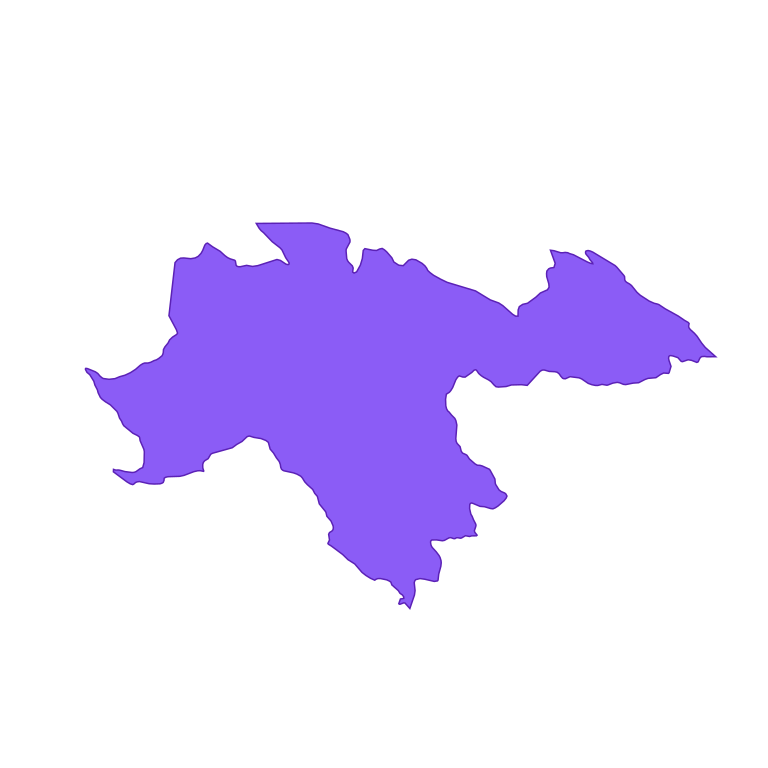 map outline of Udon Thani (Equal Earth projection), rotated 128°
{"feature_id": "THA-448", "entity_name": "Udon Thani", "entity_type": "Province", "adm_level": 1, "iso_a3": "THA", "parent_name": "Thailand", "parent_adm1": "", "projection": "equal_earth", "projection_center": [102.887, 17.458], "detail": "fine", "context": "isolated", "style": "filled", "palette": "violet", "viewbox_px": 768, "rotation_deg": 128, "n_neighbors": 0, "source": "natural_earth", "source_scale": "10m", "svg_char_len": 6171}
<svg xmlns="http://www.w3.org/2000/svg" viewBox="0 0 768 768"><g transform="rotate(128 384 384)"><path d="M384.9,610.7L382.8,610.6L381.6,609.8L381.4,603.5L380.3,594.8L380.8,588.4L380.7,585.1L380.1,582.3L378.4,577.9L378.6,576.8L381.5,573.6L381.7,572.4L381.2,571.0L380.1,569.5L375.1,565.3L372.3,560.0L368.4,556.3L351.8,545.0L350.4,541.7L349.9,535.0L349.0,533.1L348.1,532.7L347.2,533.1L346.6,534.2L345.0,539.2L341.2,546.9L340.7,549.8L340.7,559.7L338.9,572.1L338.8,575.3L338.2,578.1L336.1,583.5L301.5,539.9L298.4,534.4L294.5,522.7L289.1,509.9L288.5,506.7L288.5,504.4L291.0,500.0L292.1,498.9L293.2,498.2L301.0,496.8L302.5,495.8L308.2,490.5L309.3,488.5L309.8,486.8L310.4,481.7L311.6,479.7L315.1,477.6L315.0,475.9L312.5,474.6L304.9,475.8L298.5,478.3L291.5,482.6L289.1,482.4L285.5,475.2L283.3,472.0L280.4,470.6L278.3,468.9L278.0,466.3L278.2,463.2L279.7,455.5L281.8,451.3L281.3,445.5L278.9,441.7L271.3,440.8L268.5,438.9L266.5,435.3L265.5,428.3L265.7,424.5L266.5,421.6L267.6,419.4L267.9,416.3L267.8,411.8L266.6,404.2L265.0,396.8L254.3,369.2L252.3,352.1L249.5,343.4L249.1,338.6L249.9,325.6L249.5,322.0L248.0,320.2L243.0,323.9L239.7,325.0L235.8,323.7L232.0,320.6L222.1,317.8L216.0,316.8L209.2,313.2L206.1,313.5L203.6,315.8L199.2,321.9L196.9,323.9L194.7,325.2L191.8,325.1L190.2,324.3L187.6,321.8L183.5,323.4L176.1,335.2L174.3,332.1L171.8,325.6L170.4,323.8L168.8,322.3L167.4,320.0L167.0,318.1L165.5,314.3L162.6,298.7L161.6,295.2L160.7,293.5L160.1,294.2L159.2,298.3L158.2,300.6L157.3,304.8L156.7,305.8L155.8,306.5L154.8,306.7L153.2,305.4L152.2,303.3L151.5,300.6L148.4,274.9L148.6,272.5L150.8,261.7L151.3,260.5L153.7,258.4L154.3,257.2L154.5,255.5L154.0,252.1L154.0,249.6L156.0,241.1L156.3,236.7L155.4,226.2L154.1,220.9L152.6,217.6L152.2,216.3L151.6,208.5L149.3,194.1L148.8,186.3L148.2,182.1L148.5,180.8L150.8,179.6L151.9,178.4L152.5,176.2L152.9,170.7L153.6,166.8L156.2,158.8L157.4,153.4L158.3,139.4L163.8,146.4L164.9,148.4L167.0,150.7L169.2,151.0L173.1,150.1L174.4,150.8L176.0,156.2L177.7,159.3L182.6,162.5L183.2,163.7L182.3,168.7L184.0,173.5L185.1,175.6L185.9,176.3L186.9,176.5L188.5,175.6L190.0,173.9L193.4,168.7L199.5,166.3L200.5,166.4L203.2,170.4L206.2,171.9L211.6,173.6L217.0,179.4L219.9,181.2L226.2,184.1L229.9,188.2L235.7,193.2L236.9,195.2L238.0,199.1L239.1,201.2L242.4,204.2L247.2,207.1L247.9,207.9L250.1,212.0L253.6,214.7L255.0,216.6L256.6,219.8L257.8,223.5L258.3,231.3L259.0,234.0L263.7,241.9L268.2,244.3L269.1,245.5L269.5,246.8L269.0,249.6L268.2,252.0L268.1,254.7L269.1,256.9L272.4,261.6L274.2,266.1L274.9,267.1L275.7,267.9L277.8,268.8L296.9,270.3L299.8,275.1L306.3,283.0L310.8,286.2L316.0,292.0L317.2,294.1L317.0,296.8L316.2,301.2L316.4,304.2L317.4,309.7L317.6,312.7L317.4,315.8L316.2,319.6L316.4,320.6L317.6,321.5L320.8,321.9L328.6,324.3L330.0,326.2L331.3,329.7L333.2,330.2L336.4,330.0L344.5,327.7L348.0,327.3L350.3,327.4L353.6,328.6L358.1,326.1L363.2,321.8L365.1,319.3L366.0,317.1L366.0,315.6L366.9,311.6L367.5,307.0L368.6,304.8L371.5,301.3L382.8,293.8L384.8,291.8L385.8,289.9L386.5,285.5L389.4,281.8L390.1,279.6L389.2,276.0L389.1,274.7L390.5,270.5L390.9,263.0L390.5,260.4L389.0,258.3L388.1,256.1L386.3,248.5L386.6,247.3L390.6,238.1L393.7,235.2L394.4,234.2L396.6,228.2L396.6,225.6L395.6,221.8L395.6,220.4L396.6,218.1L398.7,217.5L402.1,217.5L409.9,219.0L413.1,220.1L415.3,221.3L416.5,223.3L418.8,229.2L421.3,233.0L423.4,240.7L423.9,241.8L424.9,242.4L426.2,242.2L429.5,239.8L433.1,235.4L434.0,233.1L435.8,230.0L437.9,225.5L438.6,224.6L439.9,223.9L443.9,222.5L444.9,221.3L445.8,217.6L446.7,217.7L449.7,221.4L451.5,222.7L453.4,226.4L457.6,228.1L458.5,228.9L459.7,231.2L460.5,232.2L462.2,232.9L463.0,234.0L463.9,236.7L464.5,237.4L465.3,238.1L470.0,240.1L471.6,241.5L474.5,246.6L477.4,250.2L478.5,250.5L479.8,250.1L481.6,248.3L482.5,246.9L483.1,245.4L484.1,239.5L485.3,235.0L486.2,233.0L488.1,230.3L489.7,228.8L492.6,227.0L500.2,223.8L505.2,220.7L506.2,220.6L508.6,222.8L512.8,231.8L515.2,235.9L518.7,238.6L520.0,238.6L521.9,237.9L527.7,232.3L531.5,230.1L545.0,225.4L543.7,232.6L544.2,233.6L547.7,235.8L548.1,236.4L548.0,237.1L543.3,238.7L540.8,236.4L539.6,237.4L538.9,239.6L539.1,242.5L538.0,245.5L537.5,254.1L535.9,256.6L536.0,258.5L536.7,261.4L539.5,267.0L541.1,269.0L542.6,270.0L544.3,270.5L545.4,274.9L546.0,280.4L546.0,285.3L543.8,296.3L544.6,304.2L543.8,311.6L544.1,325.8L544.5,329.2L544.1,330.1L540.5,330.9L536.5,335.1L534.6,335.5L531.9,334.5L530.1,334.5L528.5,335.4L527.1,336.8L524.6,341.4L523.4,347.6L520.9,350.7L520.5,351.7L518.3,361.2L513.6,367.3L512.8,371.3L511.0,375.2L510.5,382.5L509.9,386.2L508.3,390.5L507.9,392.9L508.6,397.1L509.8,400.7L514.0,409.4L514.3,410.7L514.2,412.4L513.2,414.1L511.2,416.2L509.6,418.8L508.4,423.4L506.4,428.6L505.4,433.6L501.2,439.2L501.2,442.2L502.7,447.3L506.2,453.7L507.8,457.9L508.7,458.8L510.0,459.5L516.7,460.5L522.2,462.8L527.6,464.3L544.3,476.6L546.1,477.3L551.1,476.6L554.7,478.0L556.9,478.1L558.8,477.4L560.3,476.3L561.8,475.0L563.5,472.5L563.9,472.4L565.5,475.5L567.1,477.4L570.2,479.9L579.1,485.3L582.5,488.1L590.1,497.2L592.0,498.7L593.6,499.2L595.4,498.0L597.5,497.4L598.9,497.9L600.5,499.0L604.3,503.5L607.2,507.7L611.4,516.6L613.0,518.2L614.5,519.1L617.1,519.6L618.0,520.1L618.9,522.5L619.4,526.4L619.8,543.2L617.8,544.6L617.0,542.4L615.1,540.1L614.2,538.3L612.5,534.2L608.8,528.0L607.4,526.5L605.8,525.5L601.0,524.1L598.4,522.7L593.6,524.7L584.9,531.2L583.3,533.0L578.8,541.3L576.8,543.4L576.3,544.3L576.4,546.7L577.4,551.5L577.1,563.3L576.3,565.4L574.8,568.1L573.7,571.4L570.9,575.6L570.0,577.6L568.9,586.8L569.5,592.2L569.6,596.6L569.2,599.2L566.9,603.9L565.1,606.2L562.8,611.2L560.5,614.3L557.8,621.6L557.7,625.2L556.4,628.1L555.9,628.6L555.2,628.6L554.4,627.1L552.1,619.0L551.9,616.0L552.6,612.7L552.7,610.0L552.5,608.6L549.6,603.6L545.4,599.3L541.0,596.8L536.5,593.5L531.2,590.8L525.4,588.8L519.2,587.6L516.5,586.6L514.8,585.5L512.8,582.9L510.5,581.2L507.1,579.6L505.1,578.2L502.4,577.2L498.4,576.3L496.8,576.6L495.1,577.3L492.6,579.0L489.6,579.5L484.7,579.4L481.2,580.1L477.2,579.5L472.6,577.9L471.0,578.0L469.0,581.1L462.6,595.5L417.0,623.4L413.2,623.2L410.1,621.8L407.9,619.3L404.2,613.4L400.9,610.4L397.8,609.0L393.7,608.6L390.4,609.1L384.9,610.7Z" fill="#8b5cf6" stroke="#5b21b6" stroke-width="1.5"/></g></svg>